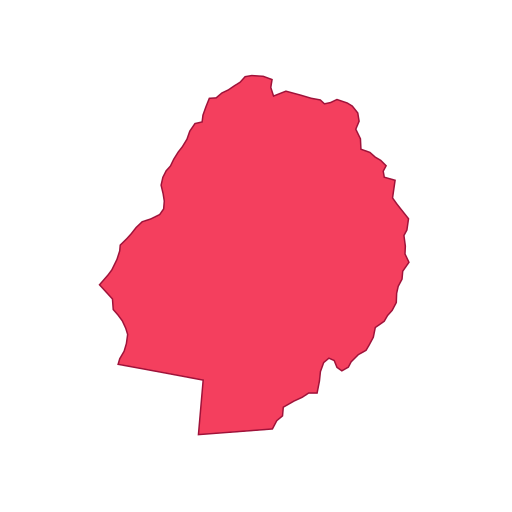 Ipaussu, São Paulo, Brazil (Mercator projection), rotated 225°
{"feature_id": "56859067B23580157718081", "entity_name": "Ipaussu", "entity_type": "district", "adm_level": 2, "iso_a3": "BRA", "parent_name": "Brazil", "parent_adm1": "São Paulo", "projection": "mercator", "projection_center": [-49.603, -23.063], "detail": "fine", "context": "isolated", "style": "filled", "palette": "rose", "viewbox_px": 512, "rotation_deg": 225, "n_neighbors": 0, "source": "geoboundaries", "source_scale": "gbopen_adm2", "svg_char_len": 1558}
<svg xmlns="http://www.w3.org/2000/svg" viewBox="0 0 512 512"><g transform="rotate(225 256 256)"><path d="M346.3,125.0L327.1,124.1L319.1,117.2L311.8,116.7L304.6,115.6L297.0,112.8L291.3,109.8L285.7,102.4L281.9,95.4L279.7,87.0L276.9,81.9L256.1,96.3L210.4,127.6L205.6,130.9L170.4,89.0L122.1,145.3L124.9,154.3L124.2,161.7L129.8,168.4L126.6,180.2L123.4,188.9L121.9,196.3L115.9,202.3L122.7,212.4L128.7,219.8L132.8,228.5L132.2,235.3L126.8,237.4L120.0,234.5L114.1,235.5L112.1,242.7L113.9,248.4L113.9,258.7L111.5,267.1L113.0,272.9L115.6,281.5L121.1,289.8L119.2,300.5L120.9,306.9L121.3,313.9L123.9,322.3L130.2,329.1L134.0,335.1L136.4,342.9L141.5,349.0L143.4,359.7L152.1,362.8L157.4,368.6L165.9,375.1L167.7,381.1L174.5,390.2L187.6,391.7L193.4,392.4L200.5,393.6L205.6,400.4L211.2,407.9L221.0,402.4L226.0,405.9L227.8,411.8L235.5,411.8L241.6,410.2L248.7,409.8L257.3,405.7L265.0,412.7L275.1,416.2L278.4,424.2L285.2,429.1L293.9,430.1L299.7,428.7L309.4,423.9L311.8,417.2L315.2,412.0L320.9,411.8L328.6,406.5L338.0,401.4L351.4,393.7L356.7,381.5L364.7,385.6L369.4,392.1L377.9,388.2L386.6,380.6L390.5,375.1L390.1,367.7L391.6,361.3L393.0,353.9L395.4,347.1L396.0,339.6L400.5,334.5L396.9,326.1L393.1,318.1L388.9,312.7L392.8,306.5L391.1,297.5L387.4,289.8L385.3,281.1L384.5,274.5L382.6,266.3L380.1,259.1L379.8,252.8L377.5,245.8L373.2,239.0L365.6,234.3L359.7,230.0L354.6,224.0L353.4,217.2L356.7,207.6L360.7,199.8L360.9,191.5L359.9,183.2L359.6,176.8L359.7,167.7L356.0,163.3L351.9,155.3L348.1,144.2L347.2,137.9L346.3,125.0Z" fill="#f43f5e" stroke="#9f1239" stroke-width="1.5"/></g></svg>